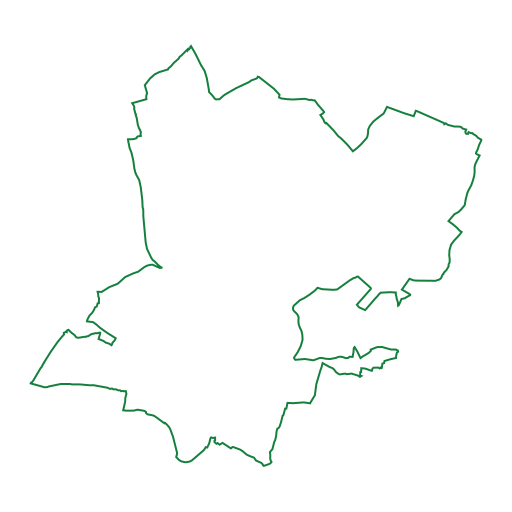 the district of Criseni, Salaj, Romania
{"feature_id": "2599482B83066193971457", "entity_name": "Criseni", "entity_type": "district", "adm_level": 2, "iso_a3": "ROU", "parent_name": "Romania", "parent_adm1": "Salaj", "projection": "albers", "projection_center": [23.064, 47.251], "detail": "fine", "context": "isolated", "style": "outline", "palette": "green", "viewbox_px": 512, "rotation_deg": 0, "n_neighbors": 0, "source": "geoboundaries", "source_scale": "gbopen_adm2", "svg_char_len": 6018}
<svg xmlns="http://www.w3.org/2000/svg" viewBox="0 0 512 512"><path d="M361.3,376.0L360.1,375.6L360.3,372.1L361.1,372.0L361.3,368.2L365.3,368.6L371.6,370.8L372.1,370.6L372.2,369.3L372.7,368.4L373.6,367.7L378.3,367.6L379.7,368.4L380.6,367.6L381.3,368.2L381.8,367.9L382.4,363.6L384.1,363.1L384.5,361.0L390.8,359.1L396.0,358.0L396.1,355.9L396.9,352.6L398.1,351.7L397.9,350.6L395.7,349.5L391.0,349.5L382.0,347.0L377.2,347.1L370.7,349.6L370.8,350.9L369.0,352.7L362.7,356.5L360.5,358.1L357.4,351.7L354.6,347.1L354.0,347.7L353.7,348.8L353.5,352.1L352.6,356.9L349.6,356.7L348.0,358.0L345.8,358.1L342.2,356.9L339.9,356.7L338.1,357.0L336.1,357.9L330.2,359.0L326.1,358.8L321.6,357.9L319.7,358.0L313.4,360.3L305.0,359.0L295.3,359.8L294.5,358.9L294.1,358.2L294.1,357.5L297.8,352.0L300.7,346.2L302.5,340.2L302.5,337.9L302.3,334.7L301.5,331.0L299.6,327.1L298.6,323.8L298.4,321.1L298.6,317.6L298.3,316.3L297.1,314.1L293.8,310.8L293.1,309.6L293.0,308.0L293.4,306.4L293.9,305.6L299.9,300.2L304.2,298.1L309.6,294.6L315.0,290.5L317.5,287.8L322.3,289.2L332.9,289.8L337.1,289.5L349.4,280.6L353.7,278.0L355.5,277.6L357.4,276.5L357.9,276.5L370.6,287.8L370.9,288.4L370.6,289.2L356.9,304.7L359.0,307.3L365.2,310.1L375.4,298.3L377.2,296.5L378.8,294.4L380.6,292.7L390.1,292.2L395.8,292.5L395.8,294.7L396.4,296.5L396.6,298.4L397.9,302.4L398.1,305.7L398.6,305.4L399.2,304.4L401.5,299.0L405.0,298.2L406.2,297.3L410.1,295.2L410.2,294.6L409.0,293.7L401.9,289.6L409.5,278.8L413.1,280.2L415.7,280.6L435.5,280.8L439.1,279.6L440.9,278.4L442.7,274.4L443.5,273.9L443.9,272.6L446.5,270.0L448.7,266.2L448.5,265.5L448.8,263.8L449.6,262.6L449.7,258.9L449.2,255.5L449.5,250.0L451.1,244.6L454.1,240.6L459.6,234.7L461.6,232.0L459.8,230.8L456.8,227.6L453.0,224.4L448.5,221.1L454.4,214.2L458.4,212.1L460.9,209.7L464.4,205.6L464.9,204.4L465.6,199.8L467.3,193.1L468.5,190.3L471.2,185.4L473.0,180.3L474.2,175.7L474.6,172.5L474.6,166.8L475.1,164.8L476.0,162.5L479.6,155.5L476.8,154.2L476.0,153.4L476.2,152.4L477.8,149.1L479.1,145.0L481.2,140.6L481.3,139.7L478.0,137.8L476.1,135.7L473.3,134.1L472.4,133.1L470.7,133.1L468.6,132.1L467.9,133.9L466.3,133.8L465.6,132.9L465.3,131.9L466.2,129.6L462.5,128.5L461.1,127.0L459.5,126.6L454.2,126.5L448.0,124.9L445.6,123.3L444.3,124.2L444.0,123.2L443.0,122.6L416.9,111.1L415.8,110.8L413.7,116.2L403.8,113.1L387.0,106.9L383.9,113.1L383.2,113.9L378.9,117.0L373.5,121.4L369.9,125.8L368.2,129.4L368.0,133.3L367.4,136.5L366.7,138.0L361.1,144.3L356.8,148.3L352.9,151.3L347.1,144.4L341.1,138.4L338.2,136.1L333.3,130.1L326.4,123.0L325.8,123.4L325.5,123.3L324.1,121.5L323.5,119.6L320.4,115.0L322.8,113.5L324.1,112.2L323.8,111.5L318.0,104.8L314.7,100.3L313.8,100.5L311.5,99.8L309.6,100.0L304.8,98.8L293.0,99.5L287.2,99.2L281.0,98.4L279.0,97.4L279.5,94.7L274.0,88.8L259.0,77.0L257.8,76.7L257.2,78.0L256.6,78.5L251.3,80.4L249.2,82.0L236.4,88.0L225.6,94.2L223.2,95.9L219.5,99.2L216.1,99.4L214.9,98.8L212.3,95.4L209.0,91.9L208.9,89.9L206.8,78.1L204.8,71.5L203.9,69.7L201.1,65.3L195.5,53.9L191.0,46.1L190.3,46.9L190.6,47.4L189.0,49.4L188.4,49.6L187.8,50.3L187.7,49.2L181.7,55.2L179.4,57.1L178.8,58.5L173.8,62.9L171.1,66.1L168.4,68.4L168.1,69.4L159.2,72.1L154.6,74.4L150.1,78.4L144.8,85.2L147.1,93.2L146.4,95.2L146.2,97.3L146.4,99.2L132.2,103.2L133.6,105.3L134.4,107.5L134.1,108.5L135.3,113.4L136.0,114.4L135.7,115.1L136.6,117.5L137.9,125.1L139.1,128.5L140.2,130.1L140.3,131.1L140.9,132.1L140.5,134.5L140.9,135.9L137.8,136.4L137.0,137.1L136.5,138.1L135.8,138.5L132.8,139.2L128.0,139.3L128.3,141.5L129.6,148.0L131.4,152.5L132.4,156.6L133.4,161.3L134.4,168.8L135.3,172.4L136.4,175.0L139.2,180.1L140.7,186.9L142.3,200.0L142.6,207.4L143.1,208.6L143.3,211.0L143.3,216.1L145.7,242.6L147.1,249.1L151.3,257.9L152.7,260.0L154.6,261.4L157.8,264.7L160.4,266.9L162.3,267.8L159.6,267.9L152.6,264.7L150.6,264.8L146.9,265.7L144.2,267.2L138.2,271.7L133.2,273.4L125.1,277.1L117.8,283.7L109.3,287.1L101.7,291.9L97.6,291.8L98.2,294.2L98.3,296.3L99.0,298.1L98.9,303.2L97.7,303.3L96.7,306.5L95.0,307.4L93.9,310.1L92.2,312.8L89.5,315.6L87.3,319.7L87.0,321.4L93.0,322.1L96.5,324.6L99.8,327.6L107.2,332.9L115.7,338.2L114.7,340.4L112.6,342.6L112.0,344.4L111.5,345.2L109.2,343.7L105.8,342.6L103.4,340.9L98.6,339.0L100.3,333.0L99.9,332.6L96.7,333.3L95.9,333.1L91.4,334.1L88.2,336.2L86.7,336.3L85.9,336.9L84.4,336.8L78.3,337.8L76.2,337.3L74.7,335.2L71.3,332.6L68.4,329.8L67.6,330.1L67.5,330.4L66.7,330.8L66.7,332.1L66.0,331.8L63.8,332.9L64.0,334.3L63.5,335.1L62.4,336.2L57.6,342.0L50.8,351.7L44.2,362.2L44.3,362.5L43.4,363.5L41.4,367.4L40.8,367.8L33.2,380.7L31.6,382.7L31.0,382.7L30.7,383.4L44.7,387.3L47.2,387.1L48.7,386.5L60.7,384.0L70.0,384.0L71.9,384.4L79.8,384.4L90.0,385.3L93.5,385.2L107.3,387.7L110.1,388.9L112.0,388.5L113.3,389.3L115.9,389.3L118.2,390.3L120.0,390.3L121.1,391.2L123.0,390.9L123.8,391.3L125.8,391.1L126.4,393.8L125.3,398.1L125.2,401.5L123.2,410.3L126.5,410.7L133.8,410.6L137.6,409.7L144.1,410.8L145.9,411.8L146.1,413.1L147.4,414.3L153.0,415.4L154.6,416.1L164.4,423.3L164.9,422.8L166.5,424.2L169.1,427.1L170.2,429.1L173.0,436.7L176.9,452.2L177.1,453.7L176.2,457.0L178.8,459.8L181.2,461.3L184.8,462.2L186.6,462.2L190.1,461.4L191.9,460.4L203.1,450.8L204.4,449.4L205.7,447.2L207.2,447.5L209.1,443.6L210.5,438.2L211.2,437.4L212.8,438.0L215.1,437.6L215.1,439.9L215.1,440.3L214.5,440.6L214.4,441.9L216.5,443.8L217.6,443.1L219.6,444.7L222.5,442.9L230.9,448.4L232.4,447.1L233.1,447.0L239.9,449.5L242.4,451.0L246.5,454.5L249.1,455.8L254.1,457.7L255.9,460.5L261.3,462.9L262.8,464.5L263.0,465.3L263.8,465.9L269.3,464.0L270.7,463.0L271.5,461.9L270.7,460.6L270.2,458.7L270.3,454.8L269.9,452.1L272.4,449.2L274.2,442.1L275.2,440.0L276.1,436.1L276.6,431.3L277.2,428.9L279.0,427.6L279.6,426.5L281.0,422.4L282.6,415.7L283.4,415.1L285.1,408.7L286.3,408.7L287.5,402.9L292.9,403.2L303.7,402.4L310.2,403.3L310.3,402.8L314.9,395.2L316.3,384.3L320.4,370.3L321.5,367.4L322.6,363.1L329.6,367.0L332.2,368.0L333.9,369.3L336.2,372.3L338.8,374.1L339.9,374.4L345.4,373.6L346.7,374.2L351.6,373.6L358.3,375.7L359.9,376.9L361.3,376.0Z" fill="none" stroke="#15803d" stroke-width="2"/></svg>